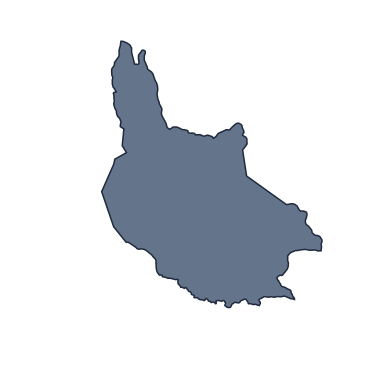 the district of Corredores, Puntarenas, Costa Rica, rotated 126°
{"feature_id": "36466004B38265631296352", "entity_name": "Corredores", "entity_type": "district", "adm_level": 2, "iso_a3": "CRI", "parent_name": "Costa Rica", "parent_adm1": "Puntarenas", "projection": "orthographic", "projection_center": [-82.937, 8.537], "detail": "fine", "context": "isolated", "style": "filled", "palette": "slate", "viewbox_px": 384, "rotation_deg": 126, "n_neighbors": 0, "source": "geoboundaries", "source_scale": "gbopen_adm2", "svg_char_len": 5973}
<svg xmlns="http://www.w3.org/2000/svg" viewBox="0 0 384 384"><g transform="rotate(126 192 192)"><path d="M163.7,53.0L160.2,55.0L158.3,56.8L157.4,57.2L155.7,57.6L154.4,58.8L154.1,59.3L153.0,62.1L152.9,62.7L153.4,64.9L154.7,67.1L154.4,70.7L154.1,71.2L152.7,72.5L152.4,73.1L151.7,75.5L151.5,76.6L151.2,77.6L151.1,80.1L150.6,81.6L149.8,82.5L148.2,83.6L145.3,84.5L143.1,85.4L142.0,86.3L141.1,87.5L141.2,88.6L141.8,90.4L142.6,91.7L143.6,92.9L143.7,93.2L143.5,94.2L142.9,96.0L141.5,98.9L141.6,101.7L142.0,102.9L142.9,104.5L146.7,108.2L147.0,157.2L128.3,175.7L127.4,175.8L124.6,175.6L120.8,175.7L120.2,176.1L118.5,177.6L117.3,178.4L116.7,179.0L116.1,180.6L116.1,181.5L116.4,183.5L116.4,184.2L116.2,184.8L113.3,184.9L111.9,186.5L110.5,189.0L109.3,190.2L108.6,191.2L108.6,193.4L108.7,194.1L109.5,195.5L110.3,196.2L112.1,196.9L113.8,197.2L114.5,197.4L119.8,198.2L121.6,201.0L124.7,202.6L126.6,203.8L128.2,204.7L130.0,205.3L132.6,205.2L133.5,205.3L135.9,206.2L135.9,206.5L135.4,207.6L135.4,208.8L135.8,209.7L136.6,212.4L137.0,213.0L138.9,214.3L139.9,215.3L140.3,216.3L140.4,217.5L141.0,219.4L142.1,220.7L142.7,221.5L143.8,222.7L143.8,223.1L143.2,223.9L143.2,224.5L143.8,225.9L144.7,227.2L145.3,227.7L146.0,229.2L146.0,230.2L145.0,231.1L145.0,231.8L145.1,232.5L146.0,234.2L146.1,234.7L147.2,236.5L148.0,241.2L148.2,241.4L148.4,242.5L149.7,244.3L150.8,245.6L152.7,246.2L154.4,247.0L154.5,247.5L154.5,249.4L154.3,249.9L153.4,251.5L152.9,251.8L151.5,253.7L149.2,258.6L148.1,260.7L147.4,262.0L146.5,262.7L146.3,263.2L145.8,263.3L144.7,264.0L143.6,264.4L142.2,265.5L141.4,267.2L140.9,267.9L140.5,269.0L139.8,270.3L138.5,271.6L138.0,272.6L136.2,275.1L135.2,275.9L134.0,277.2L133.0,278.1L129.7,279.6L127.1,281.7L126.0,282.8L125.5,283.8L125.0,284.1L123.2,287.7L121.8,289.7L121.2,290.8L120.9,290.9L120.1,291.9L119.3,293.5L118.7,295.2L118.7,300.1L116.6,302.5L115.7,304.4L115.1,305.1L114.9,305.7L114.2,306.7L113.8,307.5L113.1,308.4L109.9,310.6L107.3,311.4L106.3,312.0L105.6,312.6L105.6,314.1L106.0,314.7L106.1,315.2L106.7,315.7L112.3,315.7L113.4,315.3L113.9,314.9L114.0,314.7L114.6,314.5L116.0,313.3L116.3,312.8L116.6,312.8L116.7,312.5L117.1,312.2L117.2,311.9L117.5,311.9L117.7,311.4L118.0,311.3L119.3,310.5L120.2,310.5L120.7,310.9L121.4,312.3L121.8,312.8L122.3,313.6L114.5,323.0L111.7,325.0L110.8,325.8L110.8,326.1L110.4,326.8L110.0,327.6L109.6,328.7L109.6,331.2L109.7,332.4L110.7,336.5L110.9,336.6L111.2,337.3L111.9,338.1L116.1,335.8L117.5,335.4L120.1,334.3L120.9,333.9L121.1,333.6L122.3,332.7L123.0,332.4L123.9,331.5L125.3,330.9L132.7,330.8L133.1,330.7L133.5,330.2L134.4,329.8L135.2,329.3L138.8,329.3L139.0,329.2L139.6,329.2L140.9,328.5L144.4,325.7L146.1,323.2L148.4,322.3L149.9,321.0L151.1,320.3L151.6,319.8L152.1,319.1L153.4,317.7L154.1,315.4L155.3,312.5L155.6,312.3L156.1,312.3L157.0,313.5L157.6,313.7L158.2,313.7L158.6,313.5L159.1,312.7L159.9,311.9L161.8,310.4L164.3,308.2L166.6,307.2L168.2,305.5L169.6,303.5L171.0,300.7L172.4,299.6L173.9,297.7L174.7,296.2L174.7,295.1L175.0,294.0L175.7,292.5L175.9,292.4L176.8,290.9L177.1,290.6L179.1,289.8L179.4,289.5L179.7,289.5L181.3,288.4L181.0,284.2L195.5,275.7L198.7,268.2L210.7,273.7L215.7,271.6L244.8,265.3L266.2,234.9L271.4,215.6L270.3,214.5L270.1,214.0L269.8,206.6L269.8,204.7L270.1,203.2L269.9,202.0L269.1,200.8L268.1,199.9L267.3,198.7L266.5,197.1L266.2,193.9L266.3,191.9L266.5,191.0L266.4,188.5L266.7,187.1L267.4,184.9L267.6,182.9L268.1,181.5L269.3,180.2L270.5,179.6L272.2,178.1L274.0,176.7L276.1,174.7L277.1,173.3L277.7,172.0L277.8,171.3L278.4,169.5L277.2,167.8L277.0,167.3L277.1,166.7L277.8,166.3L277.9,165.9L276.6,163.5L276.0,160.9L275.3,160.0L275.1,159.4L274.2,158.4L273.9,157.1L272.8,154.7L272.6,153.8L271.7,153.0L271.2,152.0L271.2,151.4L272.3,151.1L273.0,150.6L273.6,150.0L274.1,149.7L274.4,149.2L275.1,145.9L275.7,145.2L275.4,144.6L275.0,144.2L274.7,143.4L274.5,141.6L273.2,141.2L272.9,140.9L272.9,140.6L273.0,140.1L273.4,139.7L273.4,138.2L273.9,137.1L274.2,136.8L274.3,136.5L273.9,135.2L273.9,133.7L274.3,133.1L275.1,132.4L275.1,131.7L274.4,130.1L274.4,129.7L274.6,129.2L275.9,128.6L276.1,128.3L276.1,127.9L274.4,125.6L274.4,124.8L274.6,124.0L274.7,123.2L274.6,122.9L274.4,122.8L274.2,122.0L273.8,121.2L272.9,120.0L272.9,118.7L272.2,118.0L271.9,118.0L271.7,118.3L271.4,118.3L269.8,117.9L269.9,115.8L270.4,114.8L270.5,114.4L269.9,113.3L270.1,112.1L270.1,111.4L268.7,110.5L268.4,109.8L268.3,108.4L268.5,107.8L268.5,107.2L268.4,107.0L267.8,107.0L267.1,107.4L266.3,108.5L265.7,108.3L264.6,107.3L263.6,105.5L263.0,103.8L261.9,103.3L261.2,102.7L261.3,101.1L261.7,100.7L262.2,99.4L262.5,99.2L263.9,99.0L264.6,98.6L264.6,95.7L264.5,95.3L264.3,95.2L264.0,94.6L263.8,94.4L263.6,93.9L262.7,93.1L260.5,93.4L259.8,93.7L259.0,93.7L258.1,93.1L256.6,92.9L256.2,92.6L256.1,92.3L255.7,91.8L254.5,89.3L253.6,88.6L251.1,88.5L249.1,87.2L247.7,86.5L247.2,85.3L247.2,85.0L248.5,81.5L249.2,80.9L249.2,80.5L248.3,79.5L248.0,78.9L247.5,77.7L247.2,76.4L246.8,75.9L246.1,75.4L245.6,74.6L245.2,73.2L244.3,70.8L242.1,71.2L241.5,71.6L240.9,72.4L240.4,73.9L240.0,74.5L239.0,74.4L236.6,73.1L235.2,72.6L234.4,72.2L233.3,70.8L232.9,69.6L231.9,67.9L230.3,66.6L229.5,65.2L229.4,64.8L228.7,63.4L228.0,62.9L227.5,62.4L227.2,62.4L226.3,61.4L225.7,60.3L224.6,58.8L224.4,58.3L222.4,56.6L221.9,55.9L221.5,55.0L220.5,50.2L220.0,48.9L219.6,48.4L218.7,45.9L217.6,47.0L217.4,48.1L216.8,49.7L216.0,50.8L215.5,52.0L213.7,54.2L213.7,55.8L214.3,57.7L214.4,60.5L215.5,63.2L215.5,64.0L215.2,65.4L214.2,66.9L213.5,69.0L213.0,69.5L213.0,70.1L212.7,71.1L211.7,72.9L210.7,72.9L209.5,72.7L207.9,72.1L207.2,71.5L206.9,70.4L206.3,70.0L205.7,69.8L203.7,69.9L202.5,69.7L198.4,69.6L196.0,70.3L193.5,71.7L192.5,72.6L192.3,72.9L191.7,73.6L190.9,74.7L189.5,75.4L189.1,75.9L188.4,76.2L187.7,77.0L185.0,76.9L183.0,76.5L182.9,76.4L181.5,75.8L180.6,74.9L179.3,74.4L178.3,73.6L176.8,71.6L175.8,70.9L174.4,69.5L171.8,66.5L171.3,65.6L170.1,62.7L169.2,61.9L168.6,60.7L167.9,60.1L167.6,60.0L167.6,59.8L167.4,59.7L166.3,57.7L165.7,55.5L163.7,53.0Z" fill="#64748b" stroke="#1e293b" stroke-width="1.5"/></g></svg>